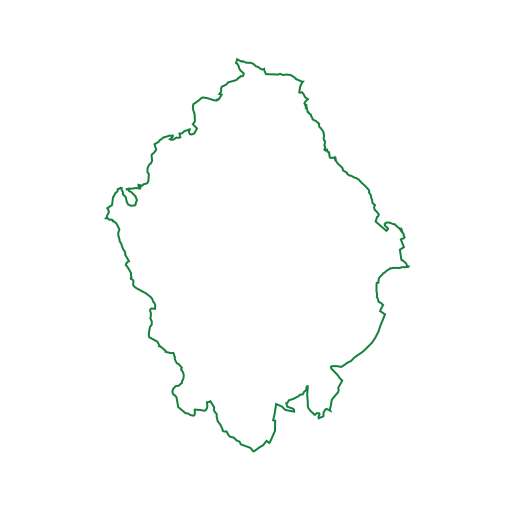 Garbou, Salaj, Romania, rotated 36°
{"feature_id": "2599482B85635598983906", "entity_name": "Garbou", "entity_type": "district", "adm_level": 2, "iso_a3": "ROU", "parent_name": "Romania", "parent_adm1": "Salaj", "projection": "orthographic", "projection_center": [23.428, 47.145], "detail": "fine", "context": "isolated", "style": "outline", "palette": "green", "viewbox_px": 512, "rotation_deg": 36, "n_neighbors": 0, "source": "geoboundaries", "source_scale": "gbopen_adm2", "svg_char_len": 6145}
<svg xmlns="http://www.w3.org/2000/svg" viewBox="0 0 512 512"><g transform="rotate(36 256 256)"><path d="M368.7,415.6L369.4,414.6L371.4,408.4L373.0,404.9L373.2,399.4L376.7,399.4L376.6,397.7L374.1,386.2L368.3,378.0L366.4,378.8L363.9,372.9L359.3,363.9L365.4,362.6L370.2,363.3L378.3,359.5L377.4,358.3L375.9,357.7L369.9,359.5L367.0,357.3L367.7,356.3L367.5,353.3L370.1,349.8L372.8,344.4L373.2,342.3L375.2,340.4L374.7,337.7L375.4,334.9L373.9,332.2L374.0,331.2L374.3,330.9L374.8,331.4L378.7,337.8L384.6,344.8L386.0,346.9L387.9,348.3L390.6,349.2L396.9,350.0L397.2,349.6L397.4,347.5L399.6,346.1L400.5,346.7L400.9,349.1L402.1,350.4L404.6,346.4L404.5,345.6L402.6,342.9L402.4,339.1L403.1,338.2L407.1,337.5L406.0,336.9L404.3,332.5L402.0,328.3L401.8,326.9L402.5,317.8L401.7,315.9L400.4,314.8L400.0,313.9L399.0,306.1L395.8,305.7L392.4,304.4L383.1,302.8L381.8,301.8L382.0,300.8L382.7,300.1L386.4,297.4L390.0,295.7L390.6,294.7L393.0,287.9L394.6,285.2L395.2,280.4L398.5,271.1L399.2,268.0L400.8,258.1L400.6,252.3L399.5,245.2L397.5,238.9L394.7,227.4L388.8,227.6L388.4,226.6L387.6,220.9L384.7,220.6L382.2,221.0L379.8,219.0L377.9,218.2L376.5,215.8L374.1,213.6L369.8,207.5L369.5,206.7L370.7,205.7L368.6,202.1L368.5,199.8L369.1,197.1L369.0,195.5L369.8,193.9L370.4,190.8L371.8,187.9L371.9,187.0L373.0,186.3L373.3,185.6L376.2,183.3L379.0,181.6L380.9,179.0L383.4,177.3L385.6,175.3L385.6,174.8L384.3,175.4L381.7,173.7L377.3,173.3L376.2,173.8L374.9,172.7L368.7,166.3L370.5,161.9L363.5,157.5L364.0,156.1L365.2,154.9L365.1,153.4L363.7,152.9L362.7,151.5L361.2,151.1L358.3,149.1L358.6,150.4L356.8,149.7L356.8,149.2L356.2,149.1L354.5,149.4L349.3,148.8L348.7,149.4L344.2,150.6L341.7,152.4L341.3,154.6L342.6,155.7L346.5,156.1L346.9,156.6L346.7,159.0L332.5,157.8L331.0,153.3L331.5,152.2L331.0,150.4L329.7,149.7L324.4,148.6L322.8,147.2L322.4,144.9L319.6,144.7L318.6,144.2L316.7,142.1L314.9,141.2L313.5,139.5L310.0,138.1L309.2,136.5L303.7,135.2L298.3,134.7L294.8,133.9L291.4,134.0L289.6,134.7L286.0,135.1L283.8,136.1L281.4,135.9L280.7,135.2L276.3,135.6L275.3,135.1L274.9,134.4L273.5,133.8L268.5,133.3L263.4,131.7L263.2,131.3L263.7,131.0L262.4,129.7L261.8,129.6L261.3,130.9L258.0,133.0L256.4,131.7L255.7,130.6L255.1,130.4L254.3,129.2L252.9,129.6L251.0,128.3L250.4,129.9L248.7,129.7L248.8,128.3L247.4,126.9L246.4,126.5L244.9,123.2L244.1,122.5L243.0,122.4L241.7,121.2L239.8,117.8L238.5,117.0L237.7,116.0L233.0,114.4L231.8,114.5L229.8,113.0L229.4,111.9L225.4,111.6L221.5,112.2L220.6,111.3L218.2,110.3L217.3,109.4L215.0,109.5L214.0,108.8L213.2,109.2L210.8,107.0L209.6,107.1L209.7,106.1L209.2,105.5L208.2,105.6L208.0,104.3L206.8,104.4L207.0,104.9L205.4,104.0L205.2,101.7L205.8,98.6L202.3,98.7L199.8,97.3L197.4,96.5L196.7,96.7L195.8,97.9L194.8,98.2L192.1,92.9L191.8,90.8L191.4,89.8L191.5,87.4L190.9,87.8L184.2,89.4L183.6,88.9L178.0,89.1L174.5,90.9L171.5,93.7L168.3,94.5L167.4,96.1L157.2,103.0L153.0,100.6L152.6,99.9L151.7,101.3L150.3,101.8L146.2,101.9L144.4,102.6L141.2,102.1L138.6,102.6L134.5,105.3L130.5,106.3L130.2,107.2L125.1,107.9L126.5,111.7L128.0,111.5L129.5,112.2L130.9,112.9L131.5,113.7L134.4,115.1L138.8,115.5L139.7,117.8L139.2,118.7L137.8,119.5L137.6,120.5L137.9,121.0L136.9,123.0L137.1,123.4L136.9,124.5L135.9,126.3L131.4,131.8L131.3,134.1L130.1,137.0L128.9,138.9L129.2,141.2L130.1,141.8L131.2,143.7L131.2,146.5L133.4,145.7L133.8,151.4L132.9,151.8L132.6,152.4L132.5,153.1L132.9,153.0L132.9,153.3L130.7,154.6L123.1,157.2L119.8,159.0L119.1,160.1L117.9,165.0L116.1,170.0L117.4,172.7L119.3,174.7L122.8,177.2L126.9,182.2L127.5,183.4L127.4,186.5L133.3,187.5L134.0,193.3L132.4,195.6L130.8,196.3L129.0,195.2L128.3,194.0L128.3,193.1L127.8,193.1L127.7,192.8L124.7,197.1L123.9,200.5L122.1,201.9L125.0,204.5L124.1,205.7L121.9,207.1L121.2,209.4L120.2,211.0L118.8,212.0L117.7,212.1L118.1,211.3L118.5,208.4L117.9,207.5L114.7,210.1L114.1,211.2L111.5,214.4L111.1,216.3L110.1,218.7L110.1,221.0L108.2,225.3L112.8,228.6L112.8,232.4L112.1,234.9L112.3,235.9L115.9,239.9L116.5,242.6L116.5,243.4L115.9,244.5L116.6,248.6L118.7,251.8L121.0,252.6L122.0,254.0L124.8,258.5L125.2,260.4L124.5,262.3L123.0,263.7L122.6,266.0L119.1,267.5L120.0,268.5L122.1,268.2L122.6,269.5L118.9,271.6L115.7,274.8L113.4,276.3L112.1,277.9L112.5,278.2L113.9,277.0L115.1,278.0L117.7,277.6L123.4,278.6L126.9,280.8L127.6,284.1L128.4,284.9L128.2,286.3L126.5,287.9L125.2,288.9L122.2,289.5L119.4,288.0L116.0,284.9L112.0,284.3L110.9,282.6L108.5,281.4L107.4,280.5L107.4,280.1L106.3,280.5L105.9,281.8L104.9,282.9L105.9,285.4L105.2,287.8L105.7,290.0L105.8,292.5L109.6,299.4L107.6,304.8L109.0,305.1L111.1,306.9L111.6,308.7L111.6,310.0L112.5,312.5L112.4,313.6L114.0,312.6L115.1,313.0L116.5,312.6L117.1,311.8L118.5,311.2L119.6,312.1L120.5,311.5L123.9,311.7L129.6,314.6L130.1,315.3L130.7,317.7L132.0,319.8L136.2,323.2L136.9,324.1L140.2,325.5L141.5,326.7L144.9,328.8L146.9,329.3L148.1,330.4L148.7,330.5L149.4,331.9L156.3,334.8L155.6,336.3L155.5,338.5L155.9,339.8L158.2,340.3L164.9,343.2L166.6,345.7L167.7,346.3L167.9,347.9L168.4,348.1L170.1,347.6L171.6,348.3L173.5,351.5L175.3,352.3L178.5,352.3L188.9,350.9L194.9,351.1L197.4,351.8L199.3,353.2L201.6,353.9L203.3,354.9L205.4,358.0L202.2,360.0L201.9,360.9L202.1,361.9L202.7,362.8L204.5,363.9L206.4,366.7L207.1,368.5L210.3,370.3L212.1,373.2L211.9,375.7L214.4,380.8L215.8,383.0L217.4,384.5L226.4,383.3L230.6,385.2L230.6,385.9L232.3,385.4L238.4,385.8L239.1,386.7L244.5,384.5L246.1,383.0L247.3,383.6L249.0,385.2L249.7,385.3L250.8,387.0L253.2,388.5L255.4,389.3L256.9,388.9L261.8,390.0L261.9,391.5L262.2,392.0L264.4,392.5L267.4,394.6L269.2,397.5L270.0,401.4L270.7,402.3L270.2,403.7L269.9,406.0L267.5,408.6L267.1,412.0L268.0,414.8L269.2,416.0L271.0,416.7L271.6,416.3L274.7,417.0L281.8,423.9L291.4,424.6L293.6,423.4L296.5,423.2L299.3,421.9L299.6,421.5L299.6,420.4L298.6,418.6L296.9,416.8L296.8,416.2L301.6,413.2L304.8,411.8L305.8,410.9L306.0,409.5L305.7,407.7L304.7,405.7L302.5,403.6L302.4,403.0L303.8,401.9L304.4,400.3L311.1,403.0L312.5,405.4L314.2,406.3L317.2,407.0L318.6,409.1L322.0,412.1L326.2,413.4L330.7,415.8L331.8,417.0L333.5,416.7L335.4,415.3L339.3,417.2L341.3,417.4L344.8,416.0L348.6,416.6L351.9,415.9L354.4,417.3L364.2,414.5L368.7,415.6Z" fill="none" stroke="#15803d" stroke-width="2"/></g></svg>